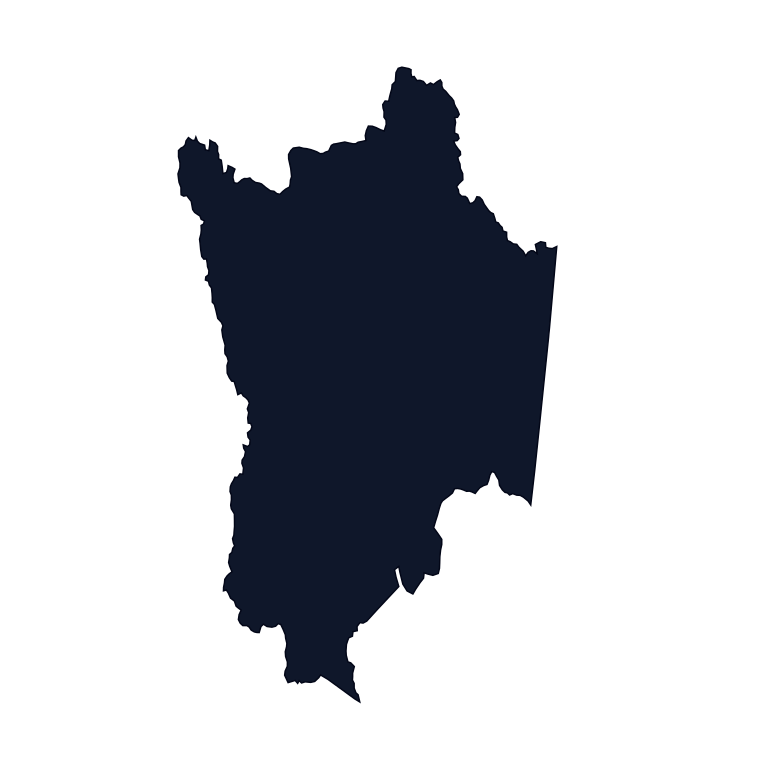 the district of Jaraguá, Goiás, Brazil, rotated 350°
{"feature_id": "56859067B8388721460270", "entity_name": "Jaraguá", "entity_type": "district", "adm_level": 2, "iso_a3": "BRA", "parent_name": "Brazil", "parent_adm1": "Goiás", "projection": "equal_earth", "projection_center": [-49.418, -15.72], "detail": "fine", "context": "isolated", "style": "filled", "palette": "ink", "viewbox_px": 768, "rotation_deg": 350, "n_neighbors": 0, "source": "geoboundaries", "source_scale": "gbopen_adm2", "svg_char_len": 5537}
<svg xmlns="http://www.w3.org/2000/svg" viewBox="0 0 768 768"><g transform="rotate(350 384 384)"><path d="M452.8,75.6L449.9,79.4L447.7,88.1L444.0,90.7L442.9,94.7L441.2,98.2L439.5,101.9L437.7,106.4L434.2,105.5L431.3,108.6L431.0,112.0L431.4,115.8L430.3,121.2L431.8,124.5L431.3,128.7L428.1,134.9L424.7,133.0L420.7,130.1L417.2,128.1L413.4,127.3L410.6,131.5L408.7,136.1L408.5,141.1L405.0,141.3L400.5,141.4L397.9,142.5L395.2,142.1L390.9,140.4L387.4,138.9L382.5,139.0L378.4,139.1L376.1,139.0L373.6,139.9L370.0,145.0L366.5,145.5L364.2,146.4L361.1,146.1L358.2,143.7L355.5,142.1L352.6,140.5L348.7,138.8L345.5,137.9L341.6,136.1L335.6,135.9L332.8,137.9L329.9,141.4L329.2,145.7L329.6,155.4L329.0,163.8L327.3,166.9L326.3,170.8L325.2,173.6L321.0,175.0L317.6,176.9L314.5,179.1L311.5,177.9L309.1,175.1L305.6,174.0L303.7,172.0L301.7,170.0L298.1,165.7L296.0,164.5L292.4,163.2L289.5,160.5L287.7,157.8L284.9,158.0L282.1,157.4L279.4,158.2L276.9,159.8L274.4,161.0L271.4,159.8L271.0,154.7L271.9,151.2L274.5,146.5L272.0,144.3L268.4,141.9L267.5,144.9L265.5,148.4L261.9,148.8L262.4,141.9L262.6,135.3L260.2,133.5L261.0,129.4L260.4,126.0L261.4,121.1L259.6,117.3L257.2,115.8L254.9,113.7L253.9,118.3L252.0,123.8L248.7,122.3L248.8,117.6L244.2,115.1L242.4,112.4L241.6,108.2L239.9,111.3L237.2,110.6L234.2,107.4L231.3,110.2L229.9,113.7L227.7,115.6L224.9,116.5L222.2,118.4L221.1,124.6L221.5,130.9L220.6,135.6L217.6,141.3L217.3,146.4L217.2,149.9L218.2,155.1L217.5,159.2L217.1,162.4L219.4,164.2L222.5,164.1L223.8,166.7L225.9,170.6L225.9,179.0L227.3,182.1L229.8,184.6L231.9,186.5L232.6,190.1L235.5,192.1L234.1,195.1L231.4,196.1L230.8,200.7L229.7,204.6L227.5,209.4L227.3,213.7L226.8,219.7L226.7,226.8L228.2,229.7L230.9,230.1L230.9,234.5L230.6,237.8L231.3,241.9L230.2,245.9L227.1,247.6L226.2,250.6L229.0,252.3L229.2,256.2L230.8,259.4L230.4,264.9L229.9,269.2L229.1,273.5L230.8,276.2L231.3,282.4L231.7,290.6L234.6,295.0L235.5,298.7L233.7,302.6L233.4,309.5L234.3,318.2L233.1,322.9L232.7,326.6L234.3,330.0L234.7,334.4L232.6,338.6L231.5,346.1L232.8,350.9L234.5,354.7L236.9,355.5L237.4,360.1L237.9,364.0L238.2,369.1L242.0,368.0L243.3,371.2L245.5,373.4L247.3,376.1L248.1,379.4L245.1,384.8L245.8,388.6L243.9,393.7L243.5,398.9L245.9,399.7L246.6,403.1L244.8,406.3L241.1,408.4L240.9,412.7L242.5,415.9L241.2,420.5L238.8,421.9L234.8,419.5L234.7,422.9L235.9,426.5L234.0,431.3L231.1,434.3L230.3,437.4L231.1,442.2L229.3,448.4L226.5,447.5L223.5,450.6L221.0,449.9L219.0,452.9L216.5,455.7L214.8,458.6L213.7,463.1L214.4,466.9L213.6,471.7L212.0,476.7L212.0,480.4L214.1,485.9L213.1,492.2L212.1,498.2L210.7,503.6L209.9,506.9L208.0,510.0L208.1,514.3L208.8,517.5L206.6,519.5L204.9,523.5L202.3,525.0L201.5,528.5L200.0,532.8L200.4,536.6L201.7,542.6L198.7,544.0L196.2,545.7L193.3,548.7L192.3,552.3L190.7,556.4L190.0,559.8L193.0,559.5L194.4,562.8L195.7,568.2L199.0,571.8L199.8,577.1L201.6,579.3L204.1,581.9L201.3,585.9L199.7,590.7L200.9,594.6L203.0,597.4L207.0,598.1L208.9,599.8L210.5,603.3L213.2,605.6L215.6,606.6L217.9,607.1L220.7,601.5L223.5,599.6L226.7,602.5L231.4,604.0L235.2,603.7L238.1,601.6L240.6,602.9L242.1,608.3L243.3,613.8L243.0,617.2L243.3,622.6L242.4,625.9L240.3,630.5L239.8,635.3L240.6,640.9L239.8,645.2L236.8,649.6L235.6,653.5L237.7,661.4L245.0,660.5L247.0,663.8L248.9,661.4L250.9,664.1L254.6,663.6L260.0,665.1L264.1,664.9L268.7,661.9L271.0,659.5L277.5,665.1L300.6,689.1L304.9,692.9L304.5,685.5L302.7,683.2L301.8,678.3L302.6,673.6L301.5,670.1L302.3,666.7L302.9,663.3L305.7,657.1L302.8,652.8L300.2,651.4L299.7,644.6L300.2,640.3L301.8,633.9L303.5,630.7L305.2,627.8L309.1,626.9L310.4,622.5L314.8,622.3L315.3,618.2L318.8,614.8L321.9,615.8L325.8,614.5L338.9,604.4L363.4,586.0L362.3,576.2L362.1,568.7L366.9,566.2L367.0,572.5L367.8,584.3L370.8,591.8L376.0,595.8L379.5,591.6L385.0,585.9L389.2,582.1L390.7,576.9L394.2,578.8L398.9,580.9L404.5,580.0L406.6,575.2L407.7,570.2L409.0,563.8L410.9,557.3L413.0,552.1L413.9,547.0L411.4,541.4L409.5,537.4L407.9,534.2L411.0,527.9L413.8,522.6L416.9,515.9L419.3,511.4L421.3,509.2L424.7,507.4L428.3,505.6L432.5,503.2L435.2,499.4L438.2,499.6L441.1,500.6L443.8,502.1L446.7,504.0L449.5,504.3L451.8,505.5L454.8,507.6L457.2,505.4L460.3,502.8L464.5,501.3L468.0,500.8L470.3,497.0L472.4,492.2L474.9,489.0L477.5,490.2L478.9,494.6L480.4,498.4L480.2,504.0L482.2,508.8L484.3,511.7L486.7,512.7L488.4,515.1L491.7,514.3L495.4,516.5L498.8,517.3L501.7,519.7L505.6,524.3L507.5,528.6L517.5,495.0L532.5,442.7L533.6,438.8L548.9,385.1L554.2,366.5L555.1,363.1L556.7,357.5L578.0,278.6L573.3,279.9L569.8,278.9L567.1,277.5L567.5,272.9L563.0,271.1L557.3,272.9L557.5,278.3L557.5,282.3L554.3,278.9L552.0,278.3L548.8,279.4L545.8,282.4L544.1,277.4L540.5,272.6L539.0,269.5L535.6,268.5L533.0,265.8L530.5,264.2L530.3,260.6L531.1,255.8L527.7,254.0L527.5,250.2L525.8,248.0L524.5,245.1L522.2,243.9L521.9,240.2L521.2,235.3L518.9,233.7L517.2,231.4L513.9,224.5L512.7,219.8L510.6,216.6L508.0,215.7L505.5,219.3L502.9,221.0L499.8,221.2L498.3,215.4L496.6,213.4L493.0,212.6L490.8,209.4L490.9,205.5L489.7,202.4L492.5,199.7L497.1,196.6L498.0,190.5L496.6,185.0L497.0,180.5L496.2,177.1L496.0,173.5L499.2,171.5L499.5,168.4L497.6,165.0L495.7,160.9L494.8,156.9L498.4,157.0L500.5,155.2L500.0,151.1L497.1,149.1L498.3,143.5L499.9,138.9L499.9,133.9L502.7,134.1L504.9,131.5L503.9,126.5L502.7,123.6L501.9,120.6L501.8,117.3L500.2,114.0L498.3,111.4L495.6,106.5L493.4,103.8L492.7,100.7L493.3,97.1L492.2,94.3L488.9,95.5L484.7,97.7L482.0,95.6L477.8,97.3L475.3,92.9L472.2,91.2L469.0,90.8L467.1,86.4L464.7,86.5L464.5,82.8L465.2,79.2L463.2,77.7L456.6,75.1L452.8,75.6Z" fill="#0f172a" stroke="#020617" stroke-width="1.5"/></g></svg>